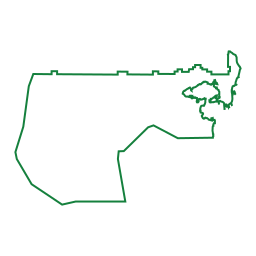 the district of 74, Al Khawr, Qatar
{"feature_id": "91078587B87151067735171", "entity_name": "74", "entity_type": "district", "adm_level": 2, "iso_a3": "QAT", "parent_name": "Qatar", "parent_adm1": "Al Khawr", "projection": "equal_earth", "projection_center": [51.544, 25.65], "detail": "fine", "context": "isolated", "style": "outline", "palette": "green", "viewbox_px": 256, "rotation_deg": 0, "n_neighbors": 0, "source": "geoboundaries", "source_scale": "gbopen_adm2", "svg_char_len": 5639}
<svg xmlns="http://www.w3.org/2000/svg" viewBox="0 0 256 256"><path d="M125.3,201.5L117.9,159.0L118.7,151.3L123.8,151.1L148.1,127.3L153.5,125.4L177.8,138.2L212.9,137.7L212.9,136.8L213.1,136.2L213.3,136.1L213.2,135.5L213.6,135.2L213.3,135.3L213.1,134.6L213.3,134.6L213.3,134.2L213.1,134.1L213.0,133.5L212.5,130.7L212.7,126.8L213.1,125.7L213.4,125.7L213.3,124.6L213.7,123.6L214.1,123.1L214.3,123.4L214.9,123.3L214.9,120.5L214.6,119.9L213.9,120.0L213.5,119.8L212.8,119.9L212.6,120.3L212.1,120.3L212.0,120.5L211.5,120.1L211.3,119.7L211.5,119.5L212.1,119.1L212.0,118.5L213.3,117.7L213.5,117.7L211.7,118.5L211.7,118.2L211.4,118.2L211.1,119.5L210.4,119.9L210.4,120.1L208.6,119.6L208.1,118.7L208.1,118.1L208.1,118.3L206.6,118.2L205.7,117.7L205.2,117.7L204.5,118.3L204.5,118.5L203.9,118.7L203.5,118.6L202.8,118.1L202.7,117.6L202.3,117.2L201.8,116.1L201.8,115.8L202.1,115.6L202.3,115.0L202.7,114.7L203.1,113.9L203.0,113.3L202.4,112.9L200.6,112.5L200.4,111.1L200.6,110.9L200.6,110.6L200.1,110.6L200.2,110.0L200.2,109.0L200.6,107.3L201.2,106.0L202.2,105.6L203.9,105.8L204.3,104.7L204.6,104.6L205.3,102.5L205.3,100.6L205.6,99.5L205.7,99.2L205.7,98.8L204.5,98.9L204.4,98.3L202.0,99.5L201.8,99.4L200.8,99.7L200.5,99.5L200.2,99.0L199.9,98.9L199.5,98.9L198.4,99.2L198.4,99.4L198.5,99.7L198.7,101.2L198.6,101.6L198.1,102.3L197.1,102.4L196.9,102.2L196.7,101.7L196.8,100.8L197.2,99.5L196.9,99.0L197.0,98.7L196.9,98.4L196.9,98.0L195.9,98.0L195.7,97.7L195.2,97.8L195.2,97.4L194.2,97.4L193.9,97.3L193.6,97.4L193.3,97.3L193.3,97.6L193.1,97.7L192.9,97.5L193.1,98.0L192.0,98.4L191.9,98.3L192.1,97.9L191.9,98.0L192.0,97.9L191.7,97.6L192.4,95.9L192.2,96.3L191.9,96.1L192.0,95.9L191.9,95.9L191.1,97.4L190.9,97.5L189.4,96.6L189.7,96.0L190.7,95.9L190.7,95.7L189.6,95.8L189.0,97.0L187.3,96.5L186.4,96.6L185.8,96.5L185.0,95.9L184.0,94.4L182.7,93.7L182.8,93.1L183.3,91.6L183.8,91.1L184.5,91.0L184.6,90.6L185.1,90.5L187.1,89.0L188.0,88.7L188.5,88.1L189.0,88.0L189.9,87.5L190.6,88.3L191.1,90.4L191.4,90.6L191.3,90.2L191.5,89.8L192.6,88.8L192.9,87.9L193.3,87.6L194.5,87.4L195.7,86.9L197.0,86.0L197.5,85.5L198.0,85.3L198.1,84.9L198.9,84.7L199.4,84.1L200.0,84.0L200.4,84.4L200.9,84.3L201.3,84.0L202.1,83.0L202.5,82.8L203.5,81.8L203.8,81.8L204.0,82.1L204.9,81.6L205.3,81.6L205.5,81.8L206.0,81.8L207.6,82.4L207.6,83.7L208.5,83.6L208.7,83.8L210.7,84.6L210.7,84.2L212.2,83.9L212.5,83.5L212.5,84.2L213.6,84.4L213.6,84.2L213.2,84.0L213.2,83.1L213.4,82.0L213.8,81.9L214.0,81.3L214.4,81.3L214.5,80.2L214.9,80.3L215.1,80.2L215.4,81.3L215.1,81.9L214.9,82.0L215.0,82.9L215.3,83.2L216.0,83.1L216.0,82.4L216.5,82.7L216.5,83.1L216.9,83.1L217.3,84.2L216.5,84.1L216.0,83.7L214.7,83.9L213.8,84.6L213.9,84.9L213.9,86.4L215.7,87.5L215.8,87.9L216.2,87.6L216.5,87.5L216.5,88.0L217.0,88.2L217.0,88.8L217.4,89.4L218.5,89.9L218.6,90.6L219.3,91.7L219.3,93.5L219.1,93.7L219.1,94.4L219.3,94.6L219.2,96.8L219.6,96.7L219.9,96.3L219.7,97.2L219.4,97.2L219.5,97.4L219.4,97.9L219.0,98.0L217.9,98.9L216.7,99.2L216.7,98.3L215.6,98.1L215.6,97.6L216.3,97.9L216.5,97.2L215.8,97.0L215.8,96.4L216.8,95.9L216.9,95.4L216.1,95.5L215.9,95.8L215.6,95.9L215.7,96.2L215.2,96.2L214.1,97.3L213.6,97.3L212.8,98.2L211.9,98.6L211.6,99.0L210.8,98.9L210.8,99.6L210.6,99.8L210.6,100.7L210.4,100.9L210.3,101.4L209.7,101.3L209.8,100.7L209.6,100.2L209.4,100.2L209.4,100.5L209.5,100.5L209.5,101.3L209.6,102.0L209.9,102.2L210.6,102.2L210.6,102.4L211.5,102.3L213.4,102.1L213.5,102.2L216.8,101.2L217.1,101.7L218.4,101.4L218.4,101.2L218.7,101.3L218.9,103.6L218.6,103.7L218.9,103.7L218.9,103.9L218.9,103.7L219.2,103.6L218.9,103.6L218.8,101.2L220.2,100.9L220.9,101.5L222.6,101.9L223.8,102.8L224.2,103.9L224.1,104.6L224.5,108.8L224.5,109.9L224.6,108.8L224.4,106.6L225.4,106.1L225.2,106.0L225.0,105.0L225.1,104.5L226.1,104.4L226.4,104.5L226.6,105.5L225.6,105.9L225.7,106.0L226.6,105.6L226.8,105.7L226.9,106.7L227.0,106.7L226.9,105.6L227.2,105.6L228.1,105.8L228.5,107.0L228.6,106.7L228.9,106.7L229.0,107.1L228.5,107.3L229.1,107.2L228.9,106.5L228.5,106.6L228.2,105.8L228.4,105.4L228.5,105.4L228.9,106.2L228.5,104.9L229.5,104.0L231.0,103.0L231.8,104.9L231.7,105.1L231.1,105.5L231.8,105.2L232.1,105.8L231.2,103.0L232.0,101.3L232.3,99.9L232.4,98.4L232.2,95.2L232.5,95.1L232.5,94.1L232.6,93.9L234.4,93.5L234.5,93.7L234.5,93.4L234.9,93.3L235.1,93.8L234.9,93.9L235.0,94.0L235.2,93.8L235.1,93.3L235.0,93.2L232.1,93.9L231.8,92.3L232.0,92.3L232.0,92.0L234.1,91.7L234.3,91.8L234.5,91.7L234.4,91.5L234.3,91.4L234.2,91.5L232.1,91.9L231.8,90.7L232.0,90.7L231.9,90.6L231.9,89.5L232.2,87.7L232.7,86.3L233.1,86.2L233.6,85.8L234.3,85.9L234.8,85.4L234.9,85.2L235.3,85.0L235.5,84.4L237.3,85.0L235.5,84.3L235.5,83.3L235.7,82.0L236.2,80.8L236.6,81.0L236.2,80.7L236.3,80.4L236.5,80.0L236.8,80.2L236.4,80.0L236.6,79.2L237.1,78.2L237.7,77.4L238.4,76.9L239.1,78.0L238.5,76.8L238.5,76.7L238.4,76.5L238.5,75.9L239.4,72.2L239.9,69.8L240.0,69.4L240.4,69.0L240.6,68.3L239.9,67.2L239.9,66.8L239.7,66.5L239.3,66.3L237.7,63.9L237.1,62.7L236.9,62.0L236.7,60.7L236.6,57.3L235.5,55.0L233.2,54.0L232.1,52.9L231.0,52.3L230.0,51.4L228.8,51.6L228.8,51.4L228.7,51.4L228.5,52.1L228.5,53.7L227.9,54.4L228.1,54.9L228.0,55.2L228.1,55.9L228.0,66.9L230.0,66.9L230.0,71.2L228.5,71.2L228.5,74.4L211.4,74.4L211.4,71.7L207.1,71.7L207.1,69.4L202.3,69.4L202.3,67.8L200.6,67.8L200.6,65.0L195.1,65.0L195.1,67.2L193.0,67.2L193.0,69.2L189.1,69.2L188.7,71.9L182.0,71.9L182.0,69.3L177.6,69.3L177.6,71.5L174.6,71.5L174.6,74.0L158.3,73.9L158.3,71.4L152.9,71.3L152.9,74.6L127.4,74.4L127.5,71.7L117.7,71.6L117.7,74.6L57.1,74.2L57.1,71.2L51.6,71.2L51.6,74.2L33.3,74.0L28.8,86.2L23.3,126.7L15.4,152.1L16.8,159.0L31.6,184.2L62.1,204.6L75.8,201.5L125.3,201.5Z" fill="none" stroke="#15803d" stroke-width="2"/></svg>